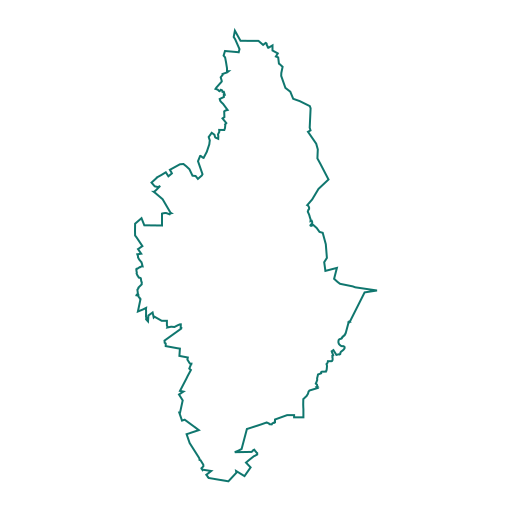 Alamos, Sonora, Mexico
{"feature_id": "50627088B7149168530269", "entity_name": "Alamos", "entity_type": "district", "adm_level": 2, "iso_a3": "MEX", "parent_name": "Mexico", "parent_adm1": "Sonora", "projection": "orthographic", "projection_center": [-108.835, 27.083], "detail": "fine", "context": "isolated", "style": "outline", "palette": "teal", "viewbox_px": 512, "rotation_deg": 0, "n_neighbors": 0, "source": "geoboundaries", "source_scale": "gbopen_adm2", "svg_char_len": 5946}
<svg xmlns="http://www.w3.org/2000/svg" viewBox="0 0 512 512"><path d="M285.4,87.9L281.2,75.9L281.3,73.0L282.6,66.8L279.4,63.9L279.2,63.9L279.0,63.7L278.9,63.4L278.2,57.4L275.9,56.5L277.8,53.4L272.5,50.5L272.5,45.4L268.4,47.8L268.2,47.8L267.9,47.6L267.8,47.4L267.7,46.4L266.9,45.5L266.7,44.1L266.6,43.6L265.9,43.0L265.7,42.9L263.1,44.9L258.5,40.9L240.5,40.8L234.9,30.7L233.7,37.0L235.1,39.1L239.5,49.1L238.7,52.3L237.3,52.1L225.0,51.0L223.6,55.6L225.1,57.4L226.0,62.1L227.0,68.2L227.0,71.2L228.6,71.2L227.1,72.4L222.5,74.0L222.6,74.9L220.7,77.3L221.8,81.2L221.6,81.7L216.5,87.4L215.5,88.9L217.8,89.7L219.1,91.0L219.6,91.2L220.8,89.8L222.1,90.4L222.5,91.9L223.8,91.8L224.7,94.6L223.8,94.5L223.9,97.0L219.7,99.0L220.2,100.8L221.3,102.2L223.1,103.9L227.6,110.0L225.5,110.5L224.2,111.4L224.4,117.1L222.5,118.4L226.3,123.1L225.1,124.4L225.3,124.7L225.0,128.0L224.3,130.0L219.2,129.9L219.3,131.8L218.0,134.4L218.3,136.2L218.2,138.8L215.5,137.6L215.1,137.1L214.4,134.7L211.7,132.8L210.3,134.8L208.7,137.0L209.8,140.5L209.6,141.7L209.3,144.3L206.8,151.8L203.6,157.9L202.8,157.6L200.6,155.9L200.1,156.0L198.0,161.2L202.5,174.2L201.8,175.5L197.9,178.9L195.6,176.0L192.5,175.7L189.4,169.2L186.3,166.3L183.9,164.4L183.5,164.0L179.9,164.3L169.9,169.8L170.8,171.4L171.1,171.8L171.9,173.4L168.4,176.3L165.8,172.3L161.2,175.1L156.8,177.5L156.8,177.8L151.5,182.6L154.7,186.3L158.1,187.1L160.2,185.9L155.9,190.3L154.3,191.6L154.1,191.9L153.9,191.9L155.2,192.9L162.6,199.2L170.5,212.7L171.3,213.2L170.8,213.3L169.9,213.8L169.6,214.3L166.4,213.1L165.1,213.0L162.6,213.4L162.0,213.6L162.0,225.5L144.3,225.3L141.5,218.2L135.1,223.7L135.0,231.0L135.1,235.5L136.7,237.6L142.4,246.1L138.0,249.1L141.2,253.7L137.3,254.3L137.6,255.1L137.8,255.4L138.0,256.3L138.0,257.3L138.8,258.9L139.6,260.1L140.0,260.5L141.0,261.8L141.4,262.1L141.9,263.6L142.6,266.4L141.6,266.3L140.2,267.2L139.8,267.1L137.4,268.7L137.0,268.6L136.3,269.1L136.5,271.2L136.8,272.4L136.6,273.6L137.2,274.7L137.4,275.5L138.3,276.5L138.5,277.2L138.8,277.6L140.2,277.9L140.8,278.3L141.3,281.4L141.8,282.3L141.7,282.9L141.7,284.4L138.4,287.6L138.4,288.4L137.5,289.5L137.4,289.7L137.8,293.0L137.7,293.2L138.2,294.4L137.1,294.6L136.7,294.8L136.5,295.3L137.0,295.4L137.4,295.2L137.6,295.5L138.1,295.6L138.4,295.9L138.4,296.3L138.6,296.7L138.9,297.1L139.1,297.4L139.6,297.7L139.8,298.1L139.8,298.6L140.5,299.1L137.9,311.5L142.9,309.5L146.1,307.9L145.9,309.7L146.1,310.7L146.0,316.8L146.5,317.6L146.3,317.9L146.1,319.3L148.0,321.4L148.4,315.5L152.6,312.5L153.7,317.5L154.5,316.7L161.7,320.8L166.9,320.8L166.9,325.0L167.0,325.8L167.6,326.7L167.3,327.5L171.2,326.7L174.4,327.0L178.1,325.1L180.1,324.3L180.8,324.3L180.7,327.8L181.3,327.9L181.2,328.6L164.5,340.6L164.7,342.8L165.7,343.5L165.7,346.1L177.2,348.2L179.9,348.6L179.4,355.9L187.8,357.5L187.4,359.6L189.5,363.0L190.0,363.5L190.3,363.7L191.4,363.7L191.3,364.2L191.1,364.2L191.0,364.3L189.3,368.6L190.9,370.0L187.6,376.1L186.5,378.4L180.0,390.9L183.4,391.6L179.0,394.5L182.7,400.4L180.0,412.8L179.3,412.7L182.0,420.6L184.7,419.7L198.8,430.1L186.6,434.2L189.7,443.2L189.8,443.3L198.9,457.6L199.5,458.8L199.5,459.9L200.6,460.3L203.3,464.7L203.4,466.2L201.6,468.3L201.5,468.2L201.4,468.3L201.5,468.6L202.6,470.1L202.9,469.7L211.2,471.0L206.3,474.8L208.1,477.1L208.0,477.3L208.7,478.0L228.4,481.3L236.4,472.7L236.1,471.0L244.5,476.1L250.6,467.4L246.0,462.6L249.7,459.5L253.9,456.2L254.7,455.9L257.2,454.5L257.2,453.1L256.3,452.4L256.1,452.0L254.8,450.5L254.3,449.7L254.1,449.8L253.4,450.0L252.9,450.7L251.6,451.9L234.8,452.2L235.4,451.9L238.3,450.7L241.6,449.0L246.9,429.0L260.9,424.5L266.3,422.6L266.6,422.8L266.9,422.8L267.0,422.6L269.0,423.5L269.3,423.8L269.5,424.2L271.7,424.4L272.4,423.4L272.7,423.2L273.2,423.0L274.4,422.8L274.8,422.5L274.8,422.2L274.6,421.9L274.7,421.6L275.0,421.7L275.0,419.5L287.2,415.1L294.1,415.1L294.1,417.3L303.4,417.3L303.4,409.0L303.3,407.7L303.2,404.5L303.3,399.1L306.7,395.9L307.1,395.1L307.7,394.3L308.2,393.0L308.4,392.0L308.8,391.3L309.5,390.5L317.4,388.1L316.5,387.1L317.6,386.8L317.4,386.6L317.0,384.7L315.8,383.6L316.4,382.2L317.2,380.0L317.1,378.2L317.6,376.4L318.0,374.5L321.1,373.3L321.0,372.8L321.1,372.3L321.2,372.1L321.5,371.9L321.9,371.7L325.9,371.6L326.1,370.9L326.4,370.7L326.6,369.8L326.8,368.7L326.8,368.2L327.0,366.4L326.9,365.2L326.5,364.1L327.1,363.5L327.6,362.5L327.8,361.9L327.9,361.2L331.5,361.2L332.0,361.0L332.3,360.5L332.5,360.0L332.6,359.8L332.6,358.0L332.4,357.3L332.3,357.1L332.4,356.8L332.4,356.4L332.8,355.8L332.6,355.6L333.2,355.2L332.0,352.2L331.7,351.3L333.4,350.1L336.4,354.9L338.4,354.4L338.7,354.3L339.5,354.5L340.2,354.1L340.3,353.9L340.4,352.7L340.8,352.0L341.2,351.6L343.0,350.2L343.8,349.4L344.5,348.4L344.6,347.8L344.6,347.3L344.5,346.9L344.2,346.6L343.1,346.1L341.9,346.2L341.4,346.0L340.7,345.7L340.0,345.1L339.1,344.2L338.7,343.4L338.4,342.3L338.4,341.7L338.5,340.8L338.6,340.2L339.0,339.6L339.5,339.2L340.7,338.8L341.5,338.6L341.9,338.2L341.9,337.5L342.9,336.8L342.9,336.4L343.4,336.2L343.8,336.0L344.0,335.7L344.3,335.5L344.2,335.3L344.4,335.1L345.0,334.6L345.3,333.6L345.6,333.5L348.7,322.0L349.3,321.8L349.6,322.0L349.3,322.1L349.5,322.2L349.9,321.7L349.8,321.4L350.0,321.4L364.6,292.4L377.0,290.5L355.2,287.3L352.8,286.4L340.0,283.8L337.4,281.8L334.1,278.8L336.9,267.9L325.4,270.9L324.2,262.2L326.9,257.9L325.8,244.2L322.7,232.8L319.5,231.9L316.7,228.0L313.1,224.8L312.4,225.3L311.6,225.8L310.9,225.8L310.6,225.7L310.4,225.4L310.6,224.9L311.2,224.4L311.9,223.6L312.1,223.1L312.2,222.6L312.2,222.2L312.0,221.5L311.7,220.8L310.5,221.2L310.6,220.3L310.6,219.4L309.9,217.4L309.4,215.5L308.8,213.9L307.9,212.0L307.8,211.5L307.8,211.3L308.1,210.9L308.2,210.7L308.2,210.1L308.8,209.4L309.1,208.9L309.1,207.6L308.7,206.6L307.8,205.3L307.3,205.1L312.2,199.4L318.5,188.9L328.5,179.5L320.4,163.9L317.4,158.4L317.8,149.4L316.2,143.7L308.0,131.8L310.5,130.4L309.7,127.7L310.6,108.3L309.8,106.1L299.7,101.1L293.2,98.8L290.3,91.7L285.4,87.9Z" fill="none" stroke="#0f766e" stroke-width="2"/></svg>